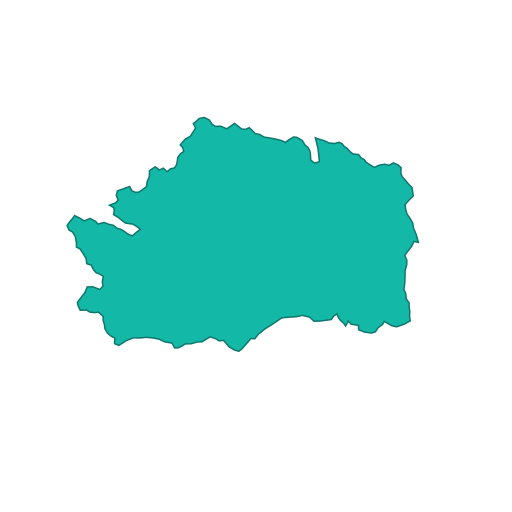 Cajati, São Paulo, Brazil, rotated 48°
{"feature_id": "56859067B27281882546781", "entity_name": "Cajati", "entity_type": "district", "adm_level": 2, "iso_a3": "BRA", "parent_name": "Brazil", "parent_adm1": "São Paulo", "projection": "orthographic", "projection_center": [-48.207, -24.777], "detail": "fine", "context": "isolated", "style": "filled", "palette": "teal", "viewbox_px": 512, "rotation_deg": 48, "n_neighbors": 0, "source": "geoboundaries", "source_scale": "gbopen_adm2", "svg_char_len": 3135}
<svg xmlns="http://www.w3.org/2000/svg" viewBox="0 0 512 512"><g transform="rotate(48 256 256)"><path d="M226.5,419.8L230.7,417.7L232.1,409.0L234.7,402.0L239.9,396.3L242.9,392.1L247.6,387.7L252.9,383.7L258.5,381.4L264.6,376.7L269.9,378.0L272.3,375.1L273.5,370.9L274.0,367.4L277.9,362.8L280.5,357.3L283.7,353.5L284.6,348.1L285.5,344.0L291.3,341.0L294.4,340.2L297.0,336.6L301.0,336.6L305.3,336.9L311.6,334.8L315.3,332.5L315.6,328.6L314.7,320.9L313.9,315.1L316.7,312.3L315.7,306.6L316.2,297.7L317.6,289.9L319.2,278.3L323.9,271.8L326.2,269.2L329.0,265.2L331.2,261.2L337.3,257.1L343.3,256.5L347.2,251.9L353.6,242.6L352.6,238.4L353.3,234.5L357.0,236.0L360.3,236.3L364.4,235.8L368.0,236.3L366.1,231.0L370.2,231.0L376.1,226.3L379.5,229.1L385.4,226.1L390.6,221.6L392.3,217.9L391.0,213.3L391.5,207.8L390.5,204.4L394.9,203.0L398.6,201.8L402.8,198.8L405.9,191.2L407.4,184.7L403.5,182.2L400.2,178.9L396.0,176.0L393.3,173.6L388.2,173.0L384.2,169.9L379.8,168.4L375.6,163.5L371.2,159.2L367.0,155.4L363.2,149.7L360.0,146.7L355.1,145.1L354.2,140.7L353.1,134.5L350.9,128.9L354.5,126.2L347.1,122.5L340.7,120.3L336.5,117.5L331.4,116.4L325.9,115.7L321.1,113.3L317.5,110.8L316.8,103.8L316.5,98.9L309.6,94.3L304.2,94.5L298.8,94.3L294.9,94.3L291.2,92.8L287.5,89.1L283.2,89.5L278.7,91.6L277.7,96.4L273.9,99.0L271.1,103.4L269.3,108.8L263.4,110.6L259.9,111.4L256.6,111.1L253.4,112.3L249.2,111.9L245.0,115.7L241.3,116.3L237.2,116.2L233.6,117.1L230.0,116.9L227.0,118.3L224.9,122.5L220.7,126.2L216.0,128.1L211.4,131.0L207.9,132.8L217.2,137.8L222.5,141.5L228.3,145.8L226.1,150.4L221.3,151.1L216.6,147.3L213.5,145.5L210.0,144.8L205.9,145.3L201.2,144.3L195.4,146.1L192.8,148.3L191.6,153.8L191.2,158.3L187.5,159.6L181.8,163.5L176.5,167.6L173.2,170.3L167.7,172.2L164.7,174.7L159.8,174.8L156.1,175.2L155.0,178.8L152.2,181.7L148.1,182.3L143.1,183.2L142.6,187.7L141.9,192.6L135.9,195.4L132.6,199.3L128.7,200.5L123.7,199.7L118.4,201.8L115.8,206.2L115.9,209.9L115.7,214.0L120.5,215.2L123.1,224.7L121.8,230.1L122.2,234.3L122.8,238.0L126.7,237.9L130.0,239.9L129.4,243.6L130.4,248.2L133.0,251.2L135.0,253.9L136.0,257.6L134.0,261.2L133.9,265.6L128.6,266.2L127.6,270.1L122.3,271.2L121.3,278.0L125.5,282.0L128.1,287.4L131.2,290.9L130.8,294.8L130.2,300.2L127.9,303.1L124.6,304.6L119.8,303.4L117.6,308.9L114.9,315.4L117.4,319.2L122.4,321.1L122.4,325.1L120.2,330.9L124.8,329.4L127.6,331.1L130.0,334.2L135.1,332.5L140.8,331.7L144.3,330.9L150.1,326.1L154.8,324.7L158.8,324.1L158.3,329.7L158.3,334.2L155.0,336.3L150.6,337.2L146.4,338.3L142.0,340.8L137.6,341.5L134.1,344.1L129.5,346.4L126.4,352.2L123.1,352.0L117.1,354.1L115.0,360.1L109.7,361.7L104.6,363.8L105.5,367.8L105.9,371.5L107.0,376.1L111.7,377.6L115.4,376.3L120.3,377.1L126.0,380.6L129.3,383.5L132.9,382.0L138.7,382.9L144.1,383.9L148.5,386.9L152.6,384.5L157.6,386.0L161.5,386.0L165.0,384.2L168.9,383.1L172.4,387.5L176.0,389.9L176.4,394.5L169.6,397.9L166.1,402.1L168.7,407.8L169.7,413.2L170.9,419.8L174.4,421.7L178.7,422.9L182.9,418.0L186.4,417.1L190.2,413.7L192.2,410.7L198.7,410.0L201.8,412.8L205.0,414.2L208.9,416.9L214.1,418.0L218.8,417.3L222.5,415.8L226.5,419.8Z" fill="#14b8a6" stroke="#0f766e" stroke-width="1.5"/></g></svg>